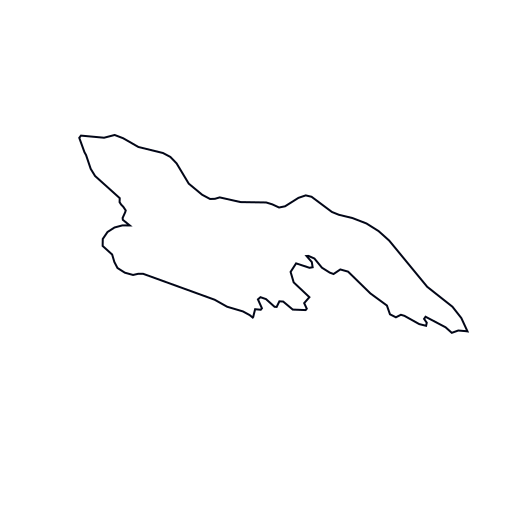 map outline of Fife (Equal Earth projection), rotated 219°
{"feature_id": "GBR-2021", "entity_name": "Fife", "entity_type": "Unitary District", "adm_level": 1, "iso_a3": "GBR", "parent_name": "United Kingdom", "parent_adm1": "", "projection": "equal_earth", "projection_center": [-3.169, 56.241], "detail": "fine", "context": "isolated", "style": "outline", "palette": "ink", "viewbox_px": 512, "rotation_deg": 219, "n_neighbors": 0, "source": "natural_earth", "source_scale": "10m", "svg_char_len": 1473}
<svg xmlns="http://www.w3.org/2000/svg" viewBox="0 0 512 512"><g transform="rotate(219 256 256)"><path d="M219.8,206.1L223.7,206.1L231.3,204.7L246.5,198.4L260.6,196.0L332.6,171.1L336.3,168.1L339.6,163.9L347.4,160.5L356.1,159.5L362.3,162.2L368.7,166.6L381.5,167.3L385.8,172.8L386.5,181.2L383.9,189.1L379.1,195.7L373.3,200.3L382.2,200.3L383.6,201.6L385.2,207.7L385.9,209.4L390.0,210.7L393.2,211.1L395.9,212.0L398.3,215.2L431.4,216.9L439.3,219.7L451.6,227.5L454.6,228.7L467.7,236.6L467.8,239.4L448.5,252.3L442.0,261.1L433.4,263.9L416.0,266.7L393.1,277.5L384.9,279.1L376.0,278.0L353.8,269.9L336.4,269.7L327.6,271.4L323.9,274.6L321.1,278.7L301.9,288.2L281.8,304.0L275.8,306.4L268.6,308.2L264.7,312.9L259.6,327.9L255.5,334.4L250.1,337.0L224.7,338.0L217.5,340.2L204.9,346.2L190.6,350.8L176.4,352.5L162.2,351.8L103.6,339.8L71.4,340.2L57.4,337.0L44.6,330.7L44.2,330.5L45.7,329.6L51.9,325.4L55.5,319.5L63.8,319.9L86.0,315.5L85.8,312.9L81.3,311.6L79.9,308.8L86.3,305.8L103.0,302.9L106.4,301.5L108.7,296.4L115.2,295.0L123.1,299.9L143.6,298.9L174.6,301.8L182.0,298.6L184.4,290.8L188.2,289.5L197.4,288.4L209.0,290.8L215.3,289.1L216.7,287.8L208.8,286.4L204.9,282.9L207.0,280.5L220.2,275.5L219.1,265.4L210.1,259.2L188.6,257.6L188.9,249.7L183.4,247.0L183.4,245.2L193.7,237.5L206.2,237.7L209.3,235.5L207.9,229.4L209.6,228.2L221.1,228.8L226.6,226.8L227.2,223.5L218.5,219.1L218.5,217.2L223.2,214.1L220.7,208.7L219.8,206.9L219.8,206.1Z" fill="none" stroke="#020617" stroke-width="2"/></g></svg>